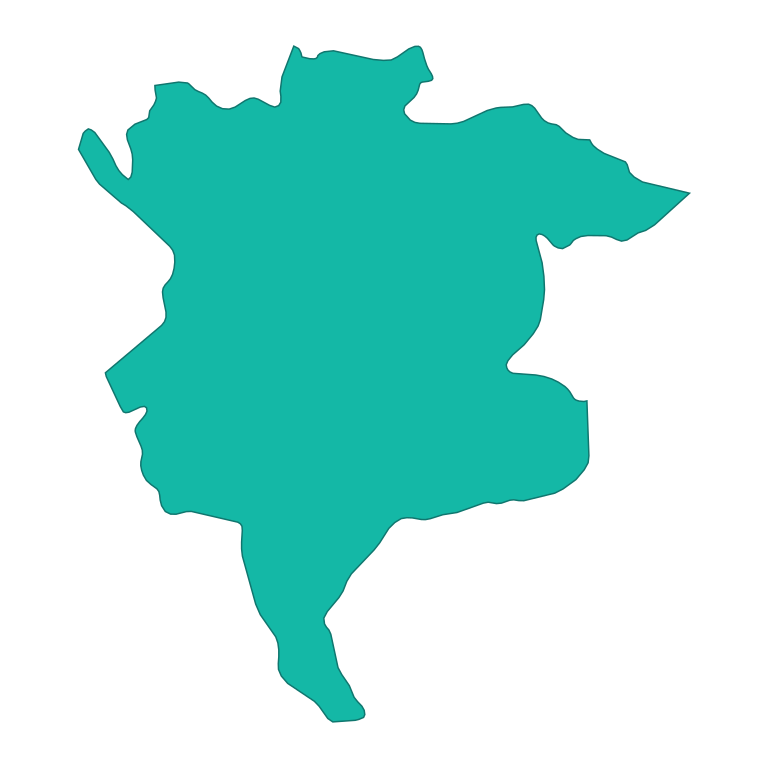 SVG path tracing the border of M'Sila
{"feature_id": "DZA-2214", "entity_name": "M'Sila", "entity_type": "Province", "adm_level": 1, "iso_a3": "DZA", "parent_name": "Algeria", "parent_adm1": "", "projection": "orthographic", "projection_center": [4.266, 35.131], "detail": "fine", "context": "isolated", "style": "filled", "palette": "teal", "viewbox_px": 768, "rotation_deg": 0, "n_neighbors": 0, "source": "natural_earth", "source_scale": "10m", "svg_char_len": 3788}
<svg xmlns="http://www.w3.org/2000/svg" viewBox="0 0 768 768"><path d="M589.7,139.9L591.5,143.3L593.2,145.6L597.4,149.2L604.1,153.4L625.4,161.9L627.2,164.7L629.5,172.4L634.2,177.1L642.5,182.0L689.5,193.2L654.6,224.8L645.7,230.4L638.1,232.9L627.0,240.0L621.5,241.1L616.4,239.4L611.6,237.1L606.1,235.7L587.9,235.5L580.8,236.5L575.9,238.7L573.4,240.4L570.8,243.8L569.7,245.0L562.6,248.6L558.1,247.9L554.3,246.0L553.0,244.9L547.3,238.2L544.7,236.0L542.1,234.5L539.2,233.9L537.1,235.0L536.0,237.3L536.1,240.4L542.1,262.7L543.9,276.3L544.5,289.7L543.7,299.6L540.3,319.8L538.1,326.0L533.2,333.8L524.2,344.7L512.6,354.9L507.9,360.7L506.2,364.8L506.8,367.8L507.9,370.0L509.9,371.9L512.9,373.3L535.8,375.0L544.0,376.5L551.8,379.0L558.4,382.2L565.1,386.7L567.6,389.1L569.8,391.8L573.5,398.0L574.9,399.4L576.3,400.2L579.2,401.1L584.0,401.5L586.9,400.9L588.9,455.8L588.1,462.8L584.2,469.8L575.9,479.6L563.1,488.9L554.9,493.1L523.9,500.7L518.8,500.6L513.7,499.8L509.9,500.2L501.5,503.1L496.5,503.6L488.2,502.2L483.4,503.1L457.0,512.5L442.9,514.7L430.2,518.7L425.4,519.6L421.4,519.5L412.3,517.9L406.8,517.7L401.2,518.6L394.8,522.5L388.8,528.4L379.7,542.8L374.1,549.9L351.3,573.9L346.8,581.3L343.1,590.9L338.9,597.6L327.3,611.5L323.8,618.1L324.5,623.9L326.4,627.1L328.9,630.0L330.8,634.2L338.0,667.6L341.7,674.5L349.3,685.6L354.1,697.3L357.6,701.7L361.9,706.2L364.2,710.3L364.8,714.6L363.6,717.4L358.9,719.4L355.2,720.3L332.8,721.9L327.8,718.5L319.1,706.2L314.4,701.3L287.7,683.4L281.3,676.0L278.5,669.4L278.3,663.6L278.8,656.7L278.8,649.9L277.9,643.0L275.8,636.9L260.3,614.7L255.7,604.1L242.4,556.1L241.6,548.8L241.6,542.2L242.3,530.6L242.0,526.3L240.4,523.8L237.9,522.2L191.3,511.4L186.3,511.6L176.1,514.2L170.6,514.1L165.3,511.5L161.6,505.7L160.2,500.1L159.7,495.3L158.9,491.6L156.9,488.8L151.1,484.6L146.5,480.5L143.4,475.2L141.7,470.4L140.8,465.7L140.9,461.7L142.5,454.2L142.3,450.1L141.0,446.1L136.9,436.7L135.5,432.5L135.3,431.8L135.2,430.5L135.5,428.5L137.0,425.3L139.7,421.6L142.8,418.1L145.5,414.5L147.0,411.1L146.5,407.7L144.4,406.4L140.4,407.0L129.0,412.2L125.7,412.7L123.4,411.9L120.3,406.6L106.3,376.6L105.4,372.8L161.6,325.4L164.5,321.7L166.0,317.4L166.0,312.0L163.1,297.7L162.5,291.9L163.2,288.1L165.2,284.8L167.9,281.9L170.4,278.8L172.6,274.3L174.1,268.3L174.8,262.1L174.5,255.1L172.7,250.2L169.8,246.3L133.2,211.5L126.0,205.8L121.4,203.0L99.6,184.2L95.8,179.4L78.5,149.4L83.2,133.4L85.2,131.1L88.3,128.9L91.2,129.9L94.8,132.5L109.2,152.3L113.0,159.2L115.9,165.7L118.8,170.5L122.3,174.6L128.2,179.5L130.8,177.1L132.2,172.2L132.7,159.9L132.2,154.1L130.8,148.9L127.4,139.8L126.6,134.4L127.9,130.0L134.9,124.2L146.8,119.5L148.7,117.6L149.7,110.8L153.9,104.9L155.5,101.4L156.5,98.0L155.1,90.0L154.9,85.5L178.7,82.1L187.5,83.0L188.8,83.8L194.9,89.7L198.4,91.5L202.3,93.1L205.7,95.1L208.7,98.0L212.1,102.1L216.6,106.1L222.5,108.7L229.2,109.1L235.1,107.1L245.3,100.5L250.0,98.4L254.1,98.0L258.2,99.2L269.7,105.4L274.8,107.1L278.7,105.6L280.8,102.2L280.9,96.4L280.2,91.1L282.0,76.9L293.8,46.1L298.6,48.6L299.9,50.7L301.0,53.1L301.8,56.5L302.2,57.0L309.6,58.7L313.7,58.9L315.9,58.5L317.1,57.5L317.4,57.1L317.9,55.5L320.0,53.6L324.2,51.8L333.5,50.8L373.3,59.5L383.5,60.4L391.2,60.0L397.4,56.9L408.8,48.9L414.9,46.4L418.5,46.3L420.4,47.3L421.9,49.7L422.8,52.3L424.5,58.8L426.8,65.7L428.3,69.0L431.3,73.8L432.5,76.4L432.8,78.7L431.6,80.3L428.3,81.3L422.2,82.1L420.6,82.9L419.7,84.2L418.2,90.1L416.6,93.9L414.0,97.5L404.9,106.0L403.7,109.8L404.6,113.8L410.3,120.1L414.9,122.4L419.9,123.3L450.9,123.9L457.3,123.2L463.7,121.4L487.2,110.5L496.1,108.0L500.5,107.4L512.6,106.9L523.5,104.4L528.6,104.2L531.8,105.6L534.7,108.2L541.6,118.0L544.2,120.6L548.0,122.9L551.5,123.9L556.2,124.7L559.2,126.4L565.8,132.9L572.9,137.4L578.1,139.4L589.7,139.9Z" fill="#14b8a6" stroke="#0f766e" stroke-width="1.5"/></svg>